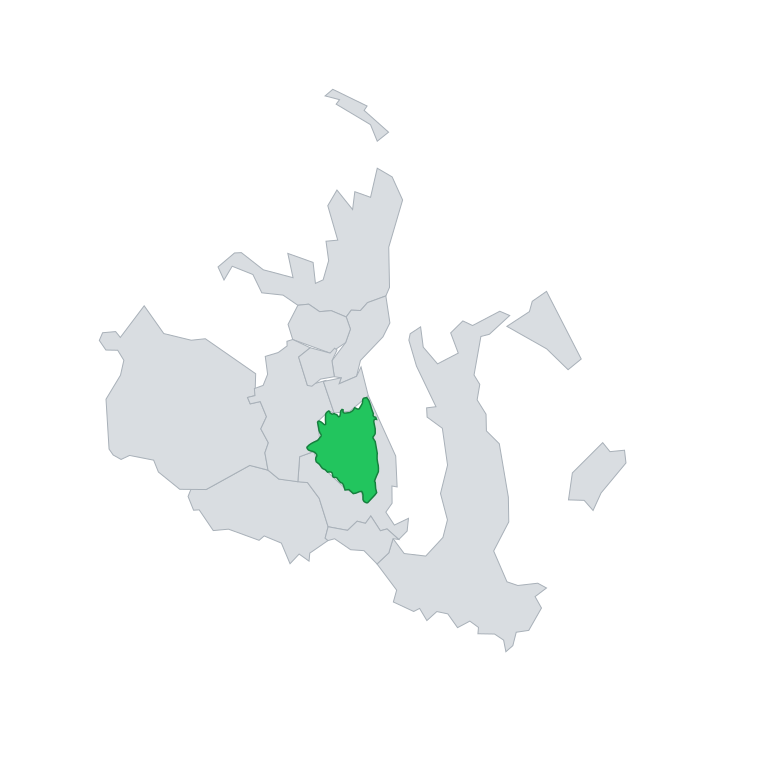 Bosnia and Herzegovina highlighted, orthographic projection, rotated 215°
{"feature_id": "BIH", "entity_name": "Bosnia and Herzegovina", "entity_type": "country or territory", "adm_level": 0, "iso_a3": "BIH", "parent_name": "Europe", "parent_adm1": "", "projection": "orthographic", "projection_center": [18.137, 43.918], "detail": "fine", "context": "with_neighbors", "style": "filled", "palette": "green", "viewbox_px": 768, "rotation_deg": 215, "n_neighbors": 11, "source": "natural_earth", "source_scale": "50m", "svg_char_len": 6304}
<svg xmlns="http://www.w3.org/2000/svg" viewBox="0 0 768 768"><g transform="rotate(215 384 384)"><path d="M467.6,171.4L480.0,179.5L482.0,188.1L469.2,195.5L447.3,240.3L429.6,246.9L415.6,245.8L390.1,259.4L371.5,253.2L347.9,235.0L343.8,224.0L340.1,223.6L347.8,202.9L343.8,195.9L356.0,196.0L357.9,182.9L376.8,194.8L395.0,190.8L396.7,184.3L428.1,175.9L439.8,166.0L463.2,174.9L467.6,171.4Z" fill="#d9dde1" stroke="#a8b0b8" stroke-width="1"/><path d="M610.7,254.2L621.5,258.9L631.3,252.3L642.2,256.4L643.9,264.6L633.9,273.0L626.7,270.9L625.3,310.5L593.3,299.0L567.0,309.3L556.3,318.6L495.0,318.8L483.0,300.5L488.1,294.7L482.2,291.0L475.3,298.6L461.5,289.8L459.2,276.6L445.0,269.5L442.1,259.3L429.6,246.9L447.3,240.3L469.2,195.5L490.9,180.6L518.3,182.5L529.0,189.5L551.5,179.5L556.1,171.4L565.1,170.5L571.9,173.0L603.0,212.1L604.9,240.1L610.7,254.2Z" fill="#d9dde1" stroke="#a8b0b8" stroke-width="1"/><path d="M597.5,586.2L595.0,596.0L557.3,602.0L557.2,596.7L524.7,592.9L528.8,579.0L543.8,588.7L583.7,585.8L583.5,591.4L597.5,586.2ZM499.7,399.1L517.7,398.9L536.4,388.6L554.2,398.5L575.9,393.4L574.7,377.4L587.1,384.7L581.6,405.6L576.2,409.8L548.4,408.3L519.5,418.9L537.7,435.8L511.8,442.9L497.9,427.1L493.6,434.4L500.1,453.3L513.4,467.7L504.4,475.3L532.3,497.8L533.8,515.9L509.8,508.9L518.2,524.8L502.1,529.2L513.3,556.9L496.1,558.3L474.3,545.4L458.6,498.8L434.9,466.3L433.0,457.2L444.2,441.2L445.4,430.7L453.2,425.7L453.4,417.2L469.3,413.8L478.3,406.3L491.5,406.2L499.7,399.1Z" fill="#d9dde1" stroke="#a8b0b8" stroke-width="1"/><path d="M453.4,417.2L453.2,425.7L445.4,430.7L444.2,441.2L433.0,457.2L414.2,437.4L411.9,422.0L416.8,389.8L410.9,374.5L420.9,358.4L422.6,364.5L428.9,361.5L440.0,373.2L439.2,395.9L443.0,409.7L453.4,417.2Z" fill="#d9dde1" stroke="#a8b0b8" stroke-width="1"/><path d="M347.9,235.0L371.5,253.2L390.1,259.4L398.5,254.5L411.4,276.1L402.8,288.4L392.4,281.3L357.0,276.3L346.3,276.8L341.3,283.4L333.3,275.8L328.1,289.1L371.9,347.8L392.9,360.0L390.3,365.5L333.1,331.7L314.2,307.2L319.0,305.0L309.0,291.0L309.0,280.1L294.6,274.4L286.9,288.0L280.7,276.8L282.7,265.1L298.4,267.0L302.8,261.7L319.1,268.3L319.3,259.2L327.3,256.2L329.9,243.2L347.9,235.0Z" fill="#d9dde1" stroke="#a8b0b8" stroke-width="1"/><path d="M213.2,214.8L226.1,220.6L229.2,214.7L251.3,210.8L255.4,222.4L286.5,232.6L283.2,248.4L287.9,262.5L270.2,256.7L251.1,267.0L247.7,292.1L254.1,309.1L274.9,326.7L285.4,354.0L310.8,381.2L329.7,381.6L335.4,388.9L328.4,395.2L367.7,417.3L388.8,434.2L391.4,440.2L386.8,451.8L373.0,436.7L351.7,431.2L340.9,451.9L358.7,464.1L355.6,480.9L345.0,482.7L330.9,510.0L320.3,512.2L326.2,485.2L331.9,478.5L315.4,443.0L305.3,438.6L298.6,424.4L283.1,417.8L273.2,404.3L255.3,401.2L217.2,362.6L202.7,342.6L198.4,310.1L169.8,292.5L158.8,295.7L143.8,309.0L133.9,310.1L138.3,296.5L126.5,290.8L124.1,265.2L133.3,256.5L128.4,243.6L130.6,234.6L139.1,242.8L150.0,242.6L163.8,233.3L167.0,238.8L177.7,239.0L184.0,226.6L199.9,232.3L210.2,227.9L213.2,214.8ZM270.9,506.1L316.4,501.7L306.4,526.7L310.0,536.8L304.0,553.1L236.8,517.6L241.4,501.3L270.9,506.1ZM153.3,403.5L166.4,394.9L178.7,419.2L171.2,461.4L160.1,458.2L149.0,467.7L140.5,458.1L143.7,419.3L140.2,400.3L153.3,403.5Z" fill="#d9dde1" stroke="#a8b0b8" stroke-width="1"/><path d="M286.5,232.6L304.8,236.0L316.3,229.1L335.7,228.9L340.1,223.6L343.8,224.0L347.9,235.0L329.9,243.2L327.3,256.2L319.3,259.2L319.1,268.3L302.8,261.7L298.4,267.0L282.7,265.1L287.9,262.5L283.2,248.4L286.5,232.6Z" fill="#d9dde1" stroke="#a8b0b8" stroke-width="1"/><path d="M484.3,368.1L496.8,377.8L499.7,399.1L491.5,406.2L478.3,406.3L469.3,413.8L453.4,417.2L443.0,409.7L439.2,395.9L445.9,378.4L484.3,368.1Z" fill="#d9dde1" stroke="#a8b0b8" stroke-width="1"/><path d="M398.5,254.5L415.6,245.8L429.6,246.9L442.1,259.3L445.0,269.5L459.2,276.6L461.5,289.8L475.3,298.6L482.2,291.0L488.1,294.7L483.0,300.5L487.6,305.9L482.2,313.5L484.9,325.2L497.1,338.5L488.7,349.1L485.2,359.6L488.0,363.3L484.3,368.1L465.2,371.4L469.4,357.1L445.9,338.9L433.2,354.1L435.1,351.3L408.2,331.6L413.7,330.1L416.9,314.8L405.5,302.5L411.1,288.2L402.8,288.4L411.4,276.1L398.5,254.5Z" fill="#d9dde1" stroke="#a8b0b8" stroke-width="1"/><path d="M435.1,351.3L422.6,364.5L420.9,358.4L410.9,374.5L412.6,384.8L390.3,365.5L396.3,342.2L408.2,331.6L435.1,351.3Z" fill="#d9dde1" stroke="#a8b0b8" stroke-width="1"/><path d="M442.0,384.9L440.0,373.2L428.9,361.5L438.8,351.6L441.8,340.8L445.9,338.9L469.4,357.1L465.2,371.4L445.9,378.4L445.0,385.0L442.0,384.9Z" fill="#d9dde1" stroke="#a8b0b8" stroke-width="1"/><path d="M410.6,287.6L410.8,288.4L410.4,290.9L409.4,293.6L407.9,296.5L406.3,299.1L405.8,300.6L405.8,302.8L405.6,304.6L405.8,305.5L406.4,306.4L408.2,307.1L410.7,308.8L412.9,311.1L415.6,313.7L416.5,314.6L416.5,315.7L415.8,316.5L413.4,316.8L411.0,316.6L410.1,316.4L409.2,316.7L408.7,317.3L409.0,318.0L411.5,321.2L414.5,325.7L414.7,327.6L414.3,329.2L413.7,330.3L412.5,330.1L411.5,329.3L410.1,329.4L409.1,329.6L407.7,331.3L407.0,331.2L405.8,331.5L405.0,331.8L403.8,331.4L402.5,331.1L402.0,331.6L401.7,332.5L402.5,334.3L404.0,337.0L403.8,339.1L402.7,339.4L401.6,337.6L400.7,337.4L399.7,337.4L397.3,339.5L395.5,341.2L395.1,342.4L394.5,343.7L394.3,344.6L394.4,347.8L391.2,348.3L390.5,348.8L390.1,349.7L390.4,353.7L390.7,355.9L392.5,359.2L392.6,360.3L392.3,361.0L391.0,362.3L390.4,362.8L390.0,362.9L387.9,362.1L386.8,361.7L382.6,358.7L380.7,357.1L377.7,354.9L375.9,353.7L374.9,351.9L373.5,351.4L371.7,352.0L369.8,350.7L371.2,350.0L371.5,349.3L371.4,348.5L370.8,347.3L365.5,342.2L363.0,338.7L362.6,337.5L362.6,334.2L362.0,333.4L358.2,331.8L353.9,327.5L349.6,323.2L349.0,322.0L346.8,318.8L344.1,315.9L342.0,314.0L340.2,311.8L338.3,308.9L337.4,304.4L336.5,300.5L336.0,298.9L334.7,298.3L330.9,293.6L327.7,290.8L327.8,287.8L328.5,283.0L329.3,277.4L330.1,276.7L331.6,276.3L333.3,276.5L334.8,277.2L337.6,281.1L339.3,282.6L340.7,283.2L342.4,281.7L344.5,278.4L346.3,276.6L352.2,277.4L355.1,274.8L359.8,278.3L361.7,278.8L362.8,278.4L364.3,278.6L367.6,279.6L368.4,280.0L369.4,280.0L371.8,278.7L372.7,278.8L375.5,281.4L376.9,281.5L378.6,280.4L379.7,279.4L382.9,280.1L384.7,279.7L386.2,279.6L387.9,280.1L389.4,280.7L390.9,281.2L394.9,281.4L396.8,283.1L397.6,284.7L397.6,285.6L397.8,286.7L398.9,287.7L401.3,288.3L402.8,288.1L403.6,288.0L405.7,287.1L408.1,286.6L409.8,287.1L410.6,287.6Z" fill="#22c55e" stroke="#15803d" stroke-width="1.5"/></g></svg>